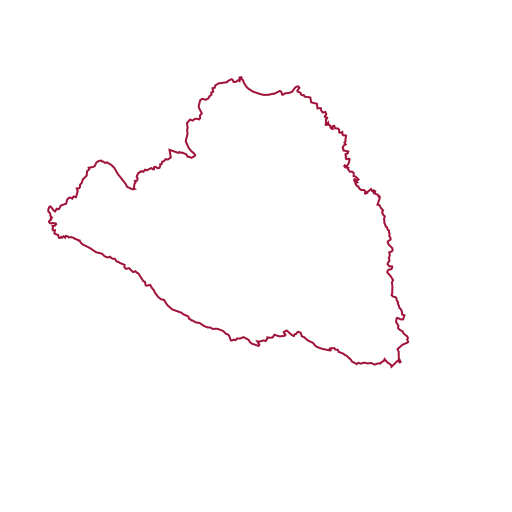 Ankazobe, Analamanga, Madagascar, rotated 322°
{"feature_id": "10022922B97289291498871", "entity_name": "Ankazobe", "entity_type": "district", "adm_level": 2, "iso_a3": "MDG", "parent_name": "Madagascar", "parent_adm1": "Analamanga", "projection": "robinson", "projection_center": [47.026, -18.235], "detail": "fine", "context": "isolated", "style": "outline", "palette": "rose", "viewbox_px": 512, "rotation_deg": 322, "n_neighbors": 0, "source": "geoboundaries", "source_scale": "gbopen_adm2", "svg_char_len": 6117}
<svg xmlns="http://www.w3.org/2000/svg" viewBox="0 0 512 512"><g transform="rotate(322 256 256)"><path d="M372.2,325.9L373.1,324.5L373.4,322.2L374.9,320.8L375.2,319.5L376.4,317.8L376.0,316.2L376.9,314.0L376.3,312.6L377.2,310.9L377.5,308.9L378.7,307.6L379.3,306.0L381.9,304.0L381.6,301.9L382.2,299.2L384.2,298.3L384.0,294.9L384.6,292.0L383.3,290.4L389.2,286.6L389.2,285.0L390.0,285.1L389.6,282.6L387.5,278.9L387.9,278.2L389.2,278.8L389.8,278.4L389.1,276.7L388.2,277.0L387.5,276.2L387.9,274.1L383.1,274.2L382.6,274.8L380.5,274.2L380.5,273.5L382.0,272.7L381.8,270.8L379.4,268.5L378.9,266.1L379.5,264.4L378.7,263.3L378.8,260.4L379.2,259.6L380.8,260.2L379.7,257.3L380.6,256.1L381.2,256.3L381.6,258.8L383.9,258.8L383.4,254.7L382.1,253.2L384.2,250.6L383.5,248.5L381.9,247.5L381.9,244.2L383.0,243.4L380.9,241.1L380.9,239.5L381.8,239.2L382.6,240.9L383.2,241.1L386.4,239.8L389.3,237.4L389.1,236.5L386.8,235.3L387.3,233.6L388.4,232.9L388.6,231.5L389.6,230.7L391.3,231.6L393.1,230.5L389.8,226.6L390.7,225.4L390.9,224.0L393.5,222.9L395.4,223.3L395.5,221.0L397.4,220.6L398.4,219.0L401.0,216.8L400.9,216.0L399.1,214.7L398.9,213.7L400.4,211.4L398.2,210.7L397.6,209.8L399.3,207.6L398.9,205.7L397.0,204.2L397.0,203.3L397.9,201.7L397.4,201.2L395.3,201.2L394.7,203.1L394.3,202.9L393.7,201.0L394.8,198.9L394.0,197.3L394.9,195.4L392.4,196.3L391.7,195.4L394.0,193.3L394.9,191.6L397.1,191.2L397.2,190.6L396.0,189.3L396.1,188.3L398.7,187.5L399.3,185.1L396.9,184.1L397.0,181.3L398.1,179.4L395.3,177.5L397.7,173.6L394.1,168.9L396.4,164.5L392.4,160.3L392.7,158.6L391.1,157.4L390.9,156.2L391.6,154.9L390.0,151.8L390.4,151.1L393.7,150.2L393.8,148.4L392.0,147.5L390.0,147.5L385.5,148.8L382.1,147.7L379.1,145.7L376.4,145.5L376.0,145.0L377.0,142.0L376.4,140.6L369.9,139.3L368.9,138.3L365.6,137.0L361.4,133.9L359.5,131.7L354.7,124.4L352.9,118.9L352.6,115.9L353.3,111.0L354.0,109.7L353.6,107.9L354.4,106.0L352.9,105.2L352.3,106.2L353.2,106.8L352.0,107.0L350.7,108.1L350.3,106.5L347.3,106.4L345.5,105.0L346.0,102.6L345.5,101.6L341.8,100.8L340.2,101.2L332.8,97.0L329.0,96.5L327.1,98.0L325.0,97.0L323.4,100.2L321.3,99.7L320.2,101.5L317.6,101.5L315.5,102.5L312.6,102.0L310.4,99.0L307.9,98.9L303.0,102.7L302.2,104.4L301.1,110.3L298.2,110.8L296.9,113.0L295.2,113.3L294.2,111.7L292.3,110.3L289.5,110.3L288.0,107.9L283.4,108.8L281.0,113.0L279.7,113.8L277.2,117.6L271.3,122.3L269.5,129.3L269.5,133.0L270.3,137.1L270.1,139.1L269.4,139.5L265.5,138.9L264.5,136.8L263.2,135.7L263.7,133.1L261.5,129.0L260.6,128.7L259.7,126.9L258.3,127.0L253.2,119.1L249.5,125.9L245.9,125.7L244.4,124.0L242.1,124.6L240.1,124.0L238.3,125.4L236.9,124.8L236.0,126.0L234.2,127.1L232.6,126.4L231.8,124.0L230.5,123.2L228.9,124.8L228.3,124.4L227.6,122.2L222.6,121.2L221.8,119.7L219.2,120.3L218.5,119.0L217.0,118.9L216.7,118.2L215.3,118.5L214.5,118.1L211.4,119.6L210.7,120.2L210.6,121.9L208.8,123.3L206.8,122.3L206.4,123.9L204.8,124.2L202.2,126.7L201.4,127.8L201.6,128.4L200.0,127.7L197.0,122.3L197.7,118.4L197.6,105.8L198.6,99.6L198.1,95.3L196.0,90.2L194.4,89.8L193.5,87.1L192.6,86.3L192.6,85.3L190.2,84.2L187.8,84.1L184.1,85.9L182.0,85.4L178.5,83.4L177.9,85.1L175.0,85.2L172.1,88.4L166.8,89.0L163.4,91.2L161.3,91.5L159.7,93.3L158.4,93.8L156.3,92.4L155.4,95.2L150.4,98.8L148.9,96.8L146.5,97.7L145.9,95.8L144.0,94.9L141.6,95.5L138.6,97.9L133.4,96.1L129.7,97.7L129.0,97.5L128.0,96.0L125.2,97.2L124.6,96.0L124.7,91.4L124.4,90.3L123.6,90.0L121.3,91.2L119.8,92.9L120.0,95.8L118.7,97.8L118.8,100.1L117.5,100.0L116.9,101.3L115.3,101.0L113.9,101.6L113.8,102.9L114.3,103.9L116.3,104.9L118.3,107.2L118.1,107.9L116.0,108.2L114.2,106.9L113.4,108.8L112.2,109.4L111.9,110.9L113.4,111.9L111.0,114.2L113.0,117.8L111.9,120.1L112.6,121.1L114.3,121.1L114.5,122.2L116.5,122.0L116.9,124.0L118.4,123.1L119.7,124.5L119.8,126.0L121.6,127.0L123.8,129.9L123.8,131.0L125.6,133.6L125.5,134.5L126.6,135.1L126.1,137.2L126.4,139.9L130.1,147.7L132.2,154.4L136.1,159.4L136.5,162.7L137.2,164.4L138.7,166.2L140.6,166.7L140.8,168.7L141.7,170.3L143.0,171.3L142.8,174.7L144.0,175.9L144.2,177.2L147.0,182.1L145.4,183.9L145.7,186.2L148.4,187.3L149.3,193.1L151.7,193.8L151.8,195.8L152.6,197.5L151.7,206.4L152.6,207.9L151.0,211.2L152.0,212.4L154.8,213.6L154.3,217.0L154.5,219.9L153.8,222.7L153.7,228.3L154.6,231.8L156.5,233.9L155.9,239.9L157.1,246.6L162.4,254.9L162.8,257.1L165.2,261.5L165.3,262.7L164.6,264.1L165.3,265.2L165.4,267.0L166.2,267.6L167.6,271.1L170.3,274.0L172.0,279.3L174.1,282.8L175.8,283.9L177.0,286.8L180.1,289.0L181.4,290.6L184.0,295.0L184.4,298.9L185.7,300.8L185.6,302.8L184.2,307.0L185.4,307.9L186.9,308.2L188.2,309.8L190.2,309.3L192.7,311.3L196.2,312.2L198.6,317.5L198.2,319.9L198.7,322.4L202.7,328.5L204.0,328.0L204.5,324.1L205.5,325.3L210.4,327.4L211.1,328.9L213.4,328.4L214.9,327.1L216.2,328.7L218.9,330.4L222.0,329.4L225.2,334.0L229.5,336.5L230.7,336.3L230.7,333.7L231.1,333.0L234.3,333.6L235.7,340.8L236.6,342.4L238.2,341.5L239.7,342.1L241.8,341.5L242.7,341.8L243.9,344.1L242.7,347.6L243.9,349.5L244.8,354.3L247.4,359.5L247.5,363.4L248.4,365.8L251.0,369.9L256.2,376.1L256.9,376.1L256.8,374.6L257.6,374.4L261.0,376.8L260.8,378.5L262.7,380.2L262.1,382.4L264.8,386.9L264.9,388.4L266.0,390.3L266.9,396.5L266.6,398.3L268.9,403.2L270.8,403.1L272.4,405.4L275.6,406.6L277.7,409.3L280.9,411.2L282.6,414.6L286.1,415.8L287.9,417.3L290.2,416.8L291.8,417.5L293.9,416.4L293.9,420.1L295.3,424.7L294.6,426.7L303.6,425.7L303.9,426.0L303.6,428.2L304.6,428.6L305.8,424.1L309.5,419.3L310.2,416.5L316.9,416.1L322.0,417.5L323.1,417.3L323.7,414.9L325.3,414.1L325.7,412.6L324.6,407.8L325.1,405.5L324.1,403.5L323.5,400.8L323.7,400.0L325.2,398.8L325.8,394.1L328.6,391.6L329.5,392.0L331.1,395.2L332.9,396.5L336.5,394.1L335.2,392.1L336.9,389.2L337.4,386.7L337.0,385.4L338.0,383.1L338.4,380.8L339.5,380.0L339.6,377.4L340.7,375.6L340.7,374.5L339.1,372.5L338.7,370.3L340.4,369.2L344.9,363.8L346.8,360.5L349.2,359.4L349.7,354.3L349.3,349.9L350.3,348.8L352.3,348.4L353.6,349.4L355.0,349.6L356.7,348.5L356.9,348.0L354.7,346.1L354.6,343.5L355.8,342.5L358.2,342.0L359.6,339.3L362.1,337.6L363.1,335.2L366.1,336.0L367.6,335.2L368.2,333.6L367.6,328.7L368.1,326.5L368.8,325.7L372.2,325.9Z" fill="none" stroke="#9f1239" stroke-width="2"/></g></svg>